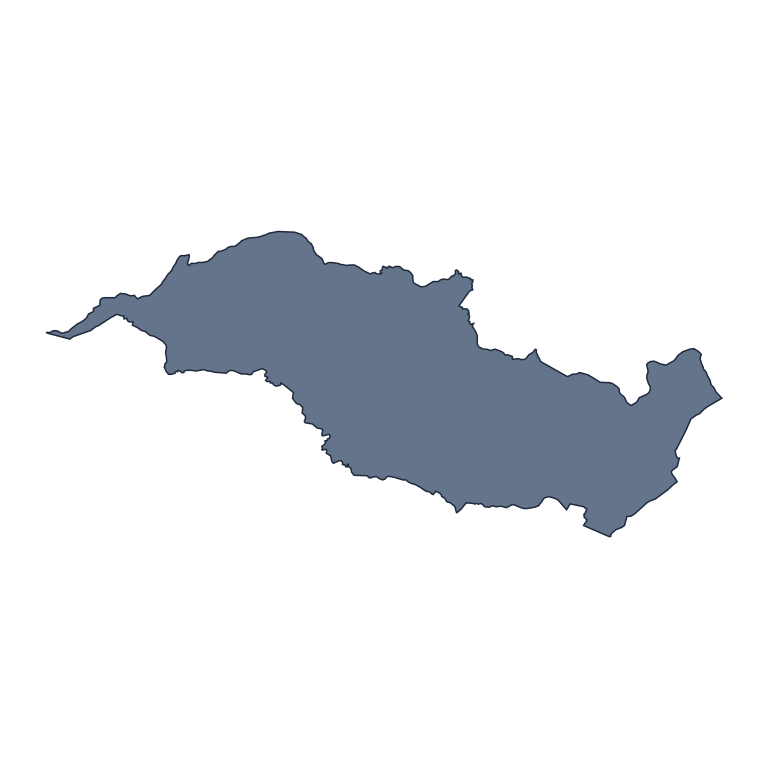 Ocolis, Alba, Romania
{"feature_id": "2599482B36023808601680", "entity_name": "Ocolis", "entity_type": "district", "adm_level": 2, "iso_a3": "ROU", "parent_name": "Romania", "parent_adm1": "Alba", "projection": "natural_earth1", "projection_center": [23.435, 46.493], "detail": "fine", "context": "isolated", "style": "filled", "palette": "slate", "viewbox_px": 768, "rotation_deg": 0, "n_neighbors": 0, "source": "geoboundaries", "source_scale": "gbopen_adm2", "svg_char_len": 6108}
<svg xmlns="http://www.w3.org/2000/svg" viewBox="0 0 768 768"><path d="M721.9,398.2L716.2,392.2L713.6,387.3L711.1,384.8L710.0,380.2L707.4,375.6L706.4,372.8L705.3,371.0L703.5,369.3L703.4,367.7L701.7,364.2L700.2,359.1L700.4,357.2L701.3,354.3L698.5,351.4L693.8,348.6L689.8,349.2L682.9,351.7L678.3,355.1L674.1,360.7L665.9,365.1L660.3,363.9L655.4,361.6L653.4,361.2L650.2,361.6L647.4,363.3L646.7,364.6L648.2,371.7L647.0,374.8L646.8,378.1L648.2,382.8L650.4,387.5L650.0,390.5L649.5,391.7L647.3,394.1L639.3,397.7L636.5,402.4L631.0,405.5L626.7,402.4L624.6,397.6L623.0,395.9L620.9,394.5L619.4,392.1L619.2,389.3L617.5,387.0L612.6,383.6L609.7,382.7L600.2,382.3L588.4,375.0L580.7,372.8L579.0,372.7L576.3,374.2L572.7,374.1L567.8,376.6L565.7,375.7L540.9,361.7L540.1,360.6L539.1,358.0L538.0,356.7L537.4,354.5L536.2,352.5L536.4,349.9L535.6,349.3L534.9,349.6L532.9,352.4L528.9,354.7L526.3,358.2L524.3,359.5L520.6,359.5L518.2,358.6L512.4,359.4L512.5,357.3L511.9,356.0L510.3,355.9L507.7,354.7L504.9,355.0L503.7,353.0L501.6,351.6L495.1,349.1L490.4,350.5L487.7,349.4L482.8,349.0L481.0,347.8L479.3,347.4L477.6,344.9L477.2,343.1L477.3,335.7L475.6,331.6L472.4,326.4L472.5,325.4L473.6,323.5L470.2,324.3L469.6,323.4L469.9,321.8L468.4,320.7L469.4,317.3L469.4,315.3L467.8,314.1L468.0,313.5L469.1,313.1L468.5,311.6L468.5,310.4L466.8,308.9L462.3,308.8L462.4,307.3L459.5,306.4L459.0,305.8L469.4,291.3L471.7,290.0L472.7,289.9L471.9,287.4L472.3,285.6L471.7,282.8L472.7,282.2L472.9,279.9L470.5,279.6L470.7,278.8L470.3,278.3L468.3,277.9L466.9,277.1L462.7,277.2L461.5,275.7L461.0,273.2L458.7,273.9L458.6,271.6L457.7,270.6L456.2,270.0L455.4,270.7L455.3,274.0L453.7,275.6L451.6,276.2L449.2,278.9L447.4,279.6L443.2,279.0L440.3,280.0L438.4,281.5L433.1,281.6L425.5,286.3L421.1,286.9L413.4,282.8L412.7,277.9L412.8,275.6L410.1,272.0L408.2,270.7L403.5,269.9L399.7,266.6L395.7,266.4L392.7,267.8L389.2,266.1L388.5,267.4L387.0,267.2L386.9,268.2L383.4,266.3L382.6,266.8L382.1,269.9L380.4,270.6L380.2,272.8L381.6,273.1L380.7,273.9L378.8,274.1L376.1,273.5L374.9,272.4L373.9,272.9L372.9,272.7L370.3,274.0L363.8,270.8L358.9,267.3L354.6,265.1L352.3,264.9L346.0,265.4L342.3,264.5L340.8,264.7L339.4,263.7L332.7,262.6L328.2,262.6L325.9,264.1L324.2,263.8L321.9,258.5L316.4,254.7L313.7,250.3L313.0,247.0L311.1,243.6L308.3,241.5L305.8,237.9L304.1,236.9L301.7,234.5L294.6,232.2L278.0,231.5L269.1,233.2L264.6,235.3L263.3,235.4L261.0,236.4L257.1,237.3L247.9,238.1L241.7,240.7L239.8,242.6L235.1,246.3L230.6,246.5L227.3,247.8L226.7,248.8L220.9,251.3L218.3,251.3L213.9,255.6L213.4,256.7L211.1,258.9L209.6,259.6L208.3,261.2L202.5,262.5L198.8,262.4L195.0,263.5L191.6,263.3L190.3,264.1L189.7,265.5L188.6,265.1L187.5,264.0L189.0,258.0L189.3,255.5L189.0,254.7L185.4,255.6L180.7,255.7L179.5,256.7L176.9,260.4L175.9,263.1L173.0,267.4L171.7,270.4L167.6,274.7L165.4,278.3L162.7,281.8L161.6,284.1L155.4,289.6L149.7,295.4L142.4,296.4L137.8,298.7L136.9,298.4L134.4,295.4L130.5,295.9L126.0,294.1L120.5,293.4L116.6,296.0L116.1,296.9L114.9,297.7L104.7,297.7L101.9,298.2L100.2,299.9L99.8,305.1L99.5,305.5L93.4,308.3L93.6,310.2L93.0,311.8L88.6,313.9L86.3,318.3L81.4,322.0L77.9,323.6L71.9,328.2L68.7,331.3L63.6,332.9L61.2,333.1L57.7,331.0L54.1,330.6L52.1,331.2L50.0,332.6L46.1,332.4L47.5,333.2L69.9,339.1L73.0,336.7L90.9,330.4L95.7,326.7L98.4,325.7L110.3,317.9L116.8,314.3L122.5,316.1L123.9,316.0L123.9,318.8L126.9,318.4L127.0,319.6L128.4,321.7L133.1,322.1L132.3,325.0L133.2,325.7L137.0,327.3L141.3,330.4L145.1,331.5L149.8,335.3L154.5,336.4L158.6,338.8L162.7,341.3L166.1,345.1L166.5,348.5L165.8,350.8L165.7,353.9L166.3,355.9L166.7,361.9L165.0,363.8L164.3,367.2L166.3,371.6L168.6,374.3L171.8,374.3L173.0,373.6L174.9,373.5L175.2,372.2L175.7,371.7L176.5,371.4L177.5,371.7L178.1,370.5L178.8,370.5L182.1,372.7L183.8,372.6L184.3,371.0L186.5,370.4L190.2,370.2L196.1,371.0L203.8,369.6L207.8,371.0L210.5,371.1L214.3,372.2L226.1,373.2L229.6,370.5L233.5,370.6L241.3,374.0L245.4,373.9L249.7,374.7L251.7,374.3L253.2,371.8L262.2,368.6L266.0,370.6L266.5,371.1L266.5,372.0L264.8,374.7L265.1,376.5L266.3,376.6L267.8,377.4L265.6,380.4L266.1,380.8L267.1,381.6L269.9,381.3L270.3,381.5L270.3,382.9L272.6,383.1L273.5,384.8L276.0,386.1L280.0,385.3L280.7,384.6L280.7,383.1L283.6,384.6L293.4,392.5L292.5,398.3L296.2,403.3L300.2,404.8L302.7,407.5L302.2,413.1L305.3,415.8L305.5,418.5L304.3,421.3L305.3,422.8L312.2,423.9L317.3,428.1L320.7,428.6L322.8,429.8L321.9,434.0L322.0,435.5L322.8,435.9L328.8,434.4L330.0,435.1L329.6,438.1L327.4,439.0L327.3,440.4L324.8,441.1L325.6,442.1L324.7,444.3L321.8,446.3L322.5,448.4L321.8,449.5L322.3,450.1L325.9,449.3L326.8,450.1L326.3,453.3L330.6,455.8L331.7,461.0L333.4,463.3L339.1,460.8L341.4,460.7L342.6,462.5L342.5,464.6L345.0,464.9L345.6,466.7L347.2,466.9L347.4,464.6L348.2,464.1L349.0,467.1L351.0,468.4L351.6,472.3L353.1,473.7L353.2,474.5L354.2,475.3L367.1,475.7L368.8,477.6L370.2,477.7L371.7,477.7L372.4,477.0L376.7,476.7L379.3,478.6L382.5,479.9L385.0,479.1L386.6,476.9L388.7,476.3L394.7,477.4L402.8,479.9L405.9,479.9L408.3,482.0L412.0,483.7L415.1,484.5L420.2,487.3L426.1,491.3L429.5,491.8L432.1,494.2L433.3,494.5L435.8,491.2L440.0,493.4L441.3,494.8L441.7,496.4L444.9,498.4L446.6,501.6L450.7,503.0L454.8,506.5L456.4,512.3L456.9,512.7L461.1,509.2L466.0,503.1L468.9,503.0L473.5,503.5L475.0,504.1L476.5,503.3L478.3,504.2L480.9,503.4L482.5,504.4L484.4,506.5L485.3,506.9L489.7,507.2L491.0,506.2L492.7,505.8L496.0,506.8L500.9,506.2L506.4,507.7L511.5,505.0L513.7,504.6L520.7,507.6L523.4,508.4L526.8,508.6L534.7,507.2L538.5,505.8L542.1,501.3L543.4,498.9L544.9,497.7L548.4,496.7L552.3,497.5L557.7,499.6L566.6,509.8L570.1,503.9L583.4,506.6L584.9,507.9L586.7,508.5L585.5,512.7L583.8,514.5L584.3,515.2L584.0,517.0L587.0,520.1L583.6,525.5L608.9,536.5L610.6,536.5L611.3,533.7L615.7,529.8L621.7,527.4L624.5,525.5L627.0,516.4L630.7,516.3L635.0,513.6L646.5,503.1L649.7,501.1L655.5,498.9L668.0,489.6L672.8,485.0L677.1,481.8L674.9,477.8L673.5,476.3L671.6,473.2L671.4,471.7L672.3,470.3L677.2,466.7L679.4,458.1L677.9,458.3L676.5,456.5L674.9,450.6L676.3,449.4L685.9,430.4L691.0,418.9L696.1,415.2L699.5,413.8L703.6,409.6L707.4,406.7L721.9,398.2Z" fill="#64748b" stroke="#1e293b" stroke-width="1.5"/></svg>